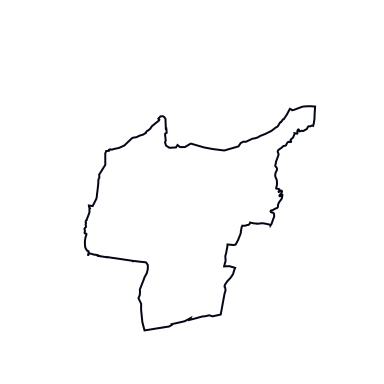 the district of Steenwijkerland, Overijssel, Netherlands, rotated 125°
{"feature_id": "6326949B44808907248526", "entity_name": "Steenwijkerland", "entity_type": "district", "adm_level": 2, "iso_a3": "NLD", "parent_name": "Netherlands", "parent_adm1": "Overijssel", "projection": "robinson", "projection_center": [6.02, 52.748], "detail": "fine", "context": "isolated", "style": "outline", "palette": "ink", "viewbox_px": 384, "rotation_deg": 125, "n_neighbors": 0, "source": "geoboundaries", "source_scale": "gbopen_adm2", "svg_char_len": 5890}
<svg xmlns="http://www.w3.org/2000/svg" viewBox="0 0 384 384"><g transform="rotate(125 192 192)"><path d="M68.4,130.7L66.6,131.3L61.7,133.7L60.4,134.6L57.9,136.2L51.4,140.2L54.2,144.8L57.2,148.7L58.8,150.5L66.4,155.7L67.6,156.9L67.4,157.5L67.7,159.5L74.2,158.7L79.8,158.6L80.5,159.2L83.5,159.1L84.2,159.4L84.2,159.6L84.5,159.6L84.8,159.7L89.1,159.4L91.0,160.3L96.4,162.0L102.3,165.2L107.0,168.3L109.8,169.6L111.9,171.2L113.6,173.0L120.0,176.7L121.2,178.7L123.9,180.2L128.0,180.1L139.5,189.4L144.7,199.2L148.5,207.5L152.8,220.1L153.3,220.9L159.3,223.6L162.1,227.7L161.8,230.8L164.7,230.7L168.7,235.8L168.9,239.8L166.8,242.6L165.0,243.0L160.3,247.1L159.5,247.4L158.1,246.7L156.3,248.1L154.8,249.4L155.2,249.7L147.3,255.7L146.5,257.8L146.7,259.5L148.2,261.2L151.3,261.6L151.6,260.2L152.6,260.1L155.5,261.0L161.2,262.6L164.1,262.5L166.7,263.2L167.5,263.7L168.8,264.0L170.1,263.6L170.9,264.2L172.8,264.8L175.4,266.9L176.9,267.8L178.9,268.9L179.4,269.4L181.1,271.2L182.0,271.9L182.8,272.1L192.7,274.1L197.8,277.1L201.1,280.2L203.4,282.1L203.9,283.4L205.0,284.2L205.6,283.6L205.9,283.9L206.1,283.9L206.9,284.8L207.6,285.8L210.1,285.2L219.5,278.6L231.0,278.0L233.3,276.2L234.5,276.0L235.6,275.7L237.4,274.6L237.6,274.4L238.8,273.7L240.6,272.6L241.8,272.0L243.8,270.9L244.4,270.6L246.2,269.6L247.7,268.9L250.4,267.3L252.3,266.5L260.5,265.3L262.2,268.7L263.0,268.0L262.9,267.9L263.9,266.3L264.2,266.6L265.5,265.8L266.6,264.9L267.4,264.4L268.3,264.1L269.3,263.8L273.0,262.9L274.6,262.5L275.8,262.4L275.8,262.2L276.6,262.3L277.3,262.1L277.8,261.8L278.0,261.3L278.2,261.0L279.4,260.6L279.7,260.4L280.0,260.2L280.4,259.6L280.8,259.2L281.3,258.9L281.5,258.8L283.2,259.1L283.7,259.0L284.0,258.9L284.2,258.6L285.0,257.6L285.4,257.3L286.7,256.8L287.1,256.6L287.2,256.4L287.3,255.9L287.2,255.6L286.8,254.7L287.0,254.3L288.0,253.9L289.3,253.5L291.0,252.9L293.9,251.4L296.9,249.2L297.4,248.6L298.1,248.2L298.4,248.0L298.6,247.6L299.4,246.3L299.7,245.4L300.2,244.5L300.1,243.6L299.9,242.8L300.0,242.6L300.3,242.3L301.1,241.9L302.4,241.3L303.1,241.0L303.0,240.8L301.4,241.2L300.5,239.4L299.5,236.3L298.9,235.2L298.7,235.0L298.5,234.8L298.5,234.6L298.5,234.3L297.8,232.9L298.2,232.7L297.7,231.6L297.9,231.6L295.8,227.4L294.2,224.1L293.9,224.2L293.2,222.7L291.9,220.0L291.1,218.5L290.6,217.5L290.1,216.5L282.2,200.7L282.4,200.6L282.2,200.4L281.7,199.5L281.6,199.4L281.1,198.8L279.9,196.4L276.3,189.9L276.1,189.3L276.5,187.9L277.2,186.3L279.0,185.0L280.4,184.1L280.7,183.9L284.7,182.4L286.5,182.3L287.1,182.1L288.4,182.1L289.0,182.0L292.2,181.1L295.6,180.3L297.2,179.9L297.5,179.8L297.8,179.7L298.9,179.5L301.5,178.9L301.9,178.7L302.8,178.0L303.5,177.4L304.1,177.0L306.5,175.6L309.6,175.0L312.8,169.5L317.7,166.1L327.1,158.0L332.6,151.5L316.7,135.1L315.6,133.8L312.3,132.2L311.9,132.4L311.8,132.7L302.1,123.9L296.2,120.9L298.1,120.6L292.5,115.8L291.7,115.2L287.7,111.8L287.6,111.7L287.3,111.2L286.6,110.4L285.8,109.5L283.2,107.3L282.0,103.8L275.9,98.2L256.9,106.9L256.2,107.2L253.5,108.0L251.7,109.6L251.0,110.4L251.0,110.9L250.5,111.3L250.0,111.5L249.1,111.8L245.3,111.9L244.1,111.8L240.2,111.2L235.6,111.3L231.9,112.6L229.4,113.1L229.9,114.8L230.2,115.6L230.6,116.7L231.1,118.2L231.1,118.3L231.2,118.5L231.6,119.2L234.5,123.0L231.2,124.3L229.7,124.7L227.7,126.0L227.5,126.3L225.5,127.9L224.0,128.5L223.2,128.7L222.0,129.2L220.1,130.1L217.1,131.4L214.6,132.8L211.5,127.4L211.0,126.9L210.0,126.1L205.0,126.7L198.2,128.3L197.4,128.6L196.8,129.1L192.4,131.1L191.8,131.3L191.0,131.3L190.7,131.4L190.6,131.2L189.1,129.1L188.3,128.5L187.3,127.8L187.2,127.6L186.8,127.1L186.5,126.9L186.1,126.7L185.4,126.5L183.7,126.9L182.2,123.3L180.5,120.5L180.4,120.3L180.5,120.2L178.9,118.4L177.5,116.8L177.2,116.4L176.9,115.8L176.8,115.7L176.6,115.3L175.3,112.5L174.4,110.2L174.4,109.9L174.0,109.0L174.5,108.5L172.3,108.6L168.1,109.8L166.1,110.3L165.3,110.5L164.5,110.9L163.9,111.4L163.1,112.1L162.7,112.6L162.5,113.0L162.5,113.3L162.5,113.6L163.1,115.1L163.2,115.6L163.1,116.0L162.9,116.5L162.4,116.7L162.1,116.7L161.7,116.6L160.9,115.7L160.6,115.5L158.0,114.3L157.4,113.9L156.4,113.2L155.7,113.0L155.2,113.0L154.9,113.1L153.6,113.9L152.8,114.3L152.0,114.5L150.9,114.7L150.0,114.8L148.2,114.7L146.5,114.7L145.8,114.8L144.8,115.1L143.7,115.7L142.7,116.1L142.5,116.3L142.4,116.5L142.6,116.9L142.8,117.0L143.0,117.1L144.3,117.1L144.6,117.2L145.1,117.6L145.1,117.8L144.9,118.2L144.6,118.4L144.1,118.4L142.5,118.1L141.6,118.2L140.3,118.4L140.0,118.6L139.7,118.8L139.6,119.2L139.6,119.5L139.9,119.9L140.6,120.3L141.9,120.7L142.1,120.8L142.2,121.0L142.0,121.3L140.4,121.3L140.0,121.5L139.8,121.8L139.7,122.0L139.7,122.3L139.8,122.7L140.8,124.8L140.8,125.1L140.6,125.3L140.1,125.5L138.9,125.9L137.3,126.6L136.2,127.3L134.3,128.8L133.8,129.2L133.3,129.8L133.0,130.3L132.5,131.2L131.8,132.3L130.8,133.3L130.4,133.6L129.4,134.1L128.1,134.6L127.1,134.8L125.5,135.0L124.7,135.3L124.4,135.6L124.1,135.8L123.8,136.2L123.4,136.9L123.3,137.6L123.0,138.5L122.7,138.9L122.4,139.1L120.6,139.7L119.4,140.4L118.9,140.6L116.0,141.3L115.1,141.6L113.1,142.1L111.9,142.5L111.4,142.8L111.1,143.1L110.1,144.6L109.9,144.8L109.4,145.2L108.9,145.3L108.3,145.3L107.5,145.2L105.0,144.2L103.2,143.8L102.3,143.6L101.6,143.2L100.8,142.4L100.5,142.1L100.1,141.9L99.7,141.8L97.5,142.2L96.0,142.0L95.6,141.8L95.4,141.5L94.9,140.4L94.5,139.8L94.2,139.6L93.8,139.7L93.1,140.9L92.9,141.1L92.6,141.1L92.0,141.1L90.2,140.6L89.5,140.5L88.7,140.6L86.7,141.1L85.3,141.2L85.0,141.3L84.9,141.5L83.9,139.3L83.6,139.3L82.8,139.7L82.7,139.8L82.0,140.4L81.6,140.7L80.6,140.9L80.0,140.9L79.8,140.8L79.6,140.6L79.6,140.4L79.9,139.9L80.5,139.0L80.6,138.9L80.6,138.7L80.2,138.2L79.0,137.3L78.8,137.1L78.7,136.7L78.3,136.0L78.0,135.7L77.6,135.5L76.2,135.0L75.1,134.3L74.6,134.1L74.1,134.1L73.0,134.3L72.0,134.4L71.5,134.3L71.2,134.1L70.9,133.7L70.4,132.8L70.1,132.6L69.0,132.0L68.7,131.8L68.5,131.5L68.5,131.3L68.5,131.0L68.4,130.7Z" fill="none" stroke="#020617" stroke-width="2"/></g></svg>